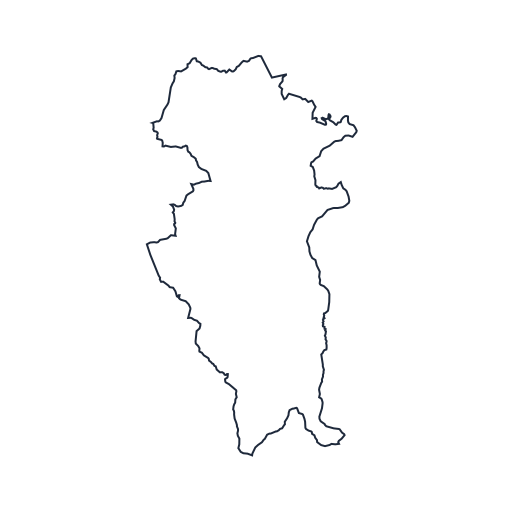 outline of Anapoima, Cundinamarca, Colombia, rotated 198°
{"feature_id": "7082276B58765294535219", "entity_name": "Anapoima", "entity_type": "district", "adm_level": 2, "iso_a3": "COL", "parent_name": "Colombia", "parent_adm1": "Cundinamarca", "projection": "robinson", "projection_center": [-74.53, 4.566], "detail": "fine", "context": "isolated", "style": "outline", "palette": "slate", "viewbox_px": 512, "rotation_deg": 198, "n_neighbors": 0, "source": "geoboundaries", "source_scale": "gbopen_adm2", "svg_char_len": 6132}
<svg xmlns="http://www.w3.org/2000/svg" viewBox="0 0 512 512"><g transform="rotate(198 256 256)"><path d="M116.4,113.0L117.1,113.8L119.6,114.6L122.8,117.0L123.7,117.1L128.8,116.1L136.5,115.8L138.1,116.6L138.8,117.4L143.4,118.8L145.3,120.8L146.1,122.8L146.2,131.6L147.1,136.3L147.5,137.5L149.3,140.1L150.0,140.6L152.3,141.1L152.6,144.5L154.7,148.3L155.0,150.4L154.7,155.7L154.3,156.9L155.2,159.0L155.0,162.0L155.6,163.6L155.6,165.5L156.2,167.4L156.2,168.7L158.4,171.8L158.9,173.4L163.5,182.5L162.6,184.4L162.5,185.8L161.9,187.6L160.2,188.8L160.4,190.3L161.3,193.0L162.4,194.8L162.4,196.3L162.8,197.2L164.1,198.2L164.5,200.1L165.9,201.5L165.7,202.9L166.2,206.0L167.2,206.5L167.2,208.0L168.4,208.0L168.9,209.8L170.6,209.8L171.1,210.9L170.9,212.2L172.0,213.3L171.5,214.6L172.6,215.9L172.2,217.0L172.7,217.6L172.5,218.1L171.9,218.3L172.7,219.1L172.7,220.4L173.5,221.4L173.6,222.4L172.5,223.1L170.7,226.0L170.7,227.1L172.1,234.8L174.4,242.4L176.6,245.3L178.0,246.3L182.2,248.3L185.5,248.5L186.6,249.1L187.0,249.7L187.6,253.0L189.5,255.7L190.5,260.8L195.3,265.8L198.2,270.5L201.9,271.4L204.6,274.0L206.6,276.9L208.0,280.6L212.1,285.7L212.2,291.1L211.7,295.4L210.4,298.8L210.4,303.6L209.3,309.5L208.6,311.1L205.4,314.1L202.2,321.9L197.3,325.5L192.9,327.0L188.5,329.3L186.6,331.4L184.2,335.3L184.3,337.3L186.3,341.1L189.8,345.6L191.4,346.6L193.9,347.3L196.6,350.2L198.2,352.5L199.9,350.3L200.3,347.9L201.0,346.2L204.4,343.3L207.7,342.8L208.4,342.2L210.2,342.2L212.3,340.9L213.4,341.5L215.0,341.4L216.8,339.8L217.6,340.5L219.5,340.5L220.0,341.3L221.0,341.4L221.7,342.4L222.9,346.5L225.2,349.8L225.5,351.6L227.1,355.2L229.5,358.2L231.9,358.7L232.3,361.4L232.2,362.3L230.9,363.5L229.4,367.1L226.4,370.6L226.4,375.8L225.0,378.9L220.0,383.7L216.9,388.9L215.8,389.9L213.4,390.9L210.5,392.6L209.4,396.1L208.2,398.0L205.2,399.2L201.0,399.2L198.9,404.7L198.9,406.2L201.6,409.0L203.7,410.5L207.7,410.4L209.4,411.5L210.4,413.2L211.6,417.1L213.1,417.1L214.5,416.5L215.9,414.6L216.9,411.9L216.8,409.7L217.3,409.1L219.2,408.3L220.0,405.6L220.9,405.6L223.8,407.1L227.7,407.9L228.7,408.5L228.7,409.7L228.2,410.7L228.3,412.0L229.8,413.3L230.5,413.3L230.6,412.5L230.0,410.0L230.2,408.7L232.1,407.7L235.4,408.1L236.1,407.4L235.4,406.6L231.6,405.7L230.2,403.6L230.0,402.7L230.3,402.4L231.0,402.1L236.5,402.6L239.3,402.3L240.4,403.1L240.5,405.2L241.3,405.9L242.1,405.8L244.7,403.9L246.4,409.8L245.4,416.2L247.5,417.9L250.1,420.6L251.0,421.0L253.9,418.6L257.7,420.6L260.1,419.4L262.2,420.5L263.6,420.7L274.8,420.5L275.4,419.1L276.1,415.6L277.6,413.8L281.7,418.1L282.6,420.9L282.7,423.0L286.3,424.5L286.4,425.0L286.2,427.1L284.8,430.3L285.0,431.6L285.6,433.1L285.6,434.4L283.4,437.5L283.6,437.9L296.0,430.6L312.9,447.5L315.6,447.0L320.0,443.4L321.8,442.5L322.3,441.9L323.0,439.4L324.5,438.1L328.2,437.7L329.4,435.7L331.1,431.5L332.7,429.8L333.0,427.3L334.1,425.2L334.8,424.4L335.8,424.1L339.0,425.1L340.7,421.5L341.2,421.2L343.0,422.6L344.6,422.0L346.0,420.5L346.8,420.3L349.1,420.4L351.1,421.6L353.7,421.2L355.2,421.4L356.2,421.2L358.4,419.2L359.1,419.2L360.8,420.2L362.5,419.9L365.0,420.8L366.5,420.9L368.6,422.7L370.9,423.1L372.5,422.9L374.2,425.3L375.1,425.3L376.9,424.3L377.8,422.6L378.7,418.8L380.4,417.2L379.4,414.5L380.6,412.5L384.3,408.4L387.2,407.9L388.8,407.0L388.8,404.1L389.4,402.4L388.4,400.1L388.1,396.7L388.7,394.4L389.1,390.0L386.7,375.1L387.0,372.7L388.8,366.4L388.5,357.9L389.3,355.1L390.3,353.9L392.0,353.4L395.6,350.6L394.8,350.6L393.0,346.4L392.9,344.7L391.5,343.3L389.1,343.5L387.8,343.0L387.3,342.3L387.4,340.4L386.5,338.8L386.6,337.4L386.2,336.9L381.7,337.2L380.9,336.8L379.7,334.9L378.8,331.4L377.4,331.7L376.2,333.0L370.7,333.4L366.2,335.4L361.0,335.6L360.0,336.0L359.3,337.4L357.8,338.2L356.9,339.3L355.7,339.2L354.8,338.1L353.8,335.5L352.6,334.2L351.5,334.1L349.8,333.0L348.3,331.3L345.7,330.8L343.4,329.9L342.6,328.4L341.1,327.2L339.7,324.9L337.8,322.9L334.8,321.9L329.7,321.6L327.0,320.2L322.4,313.3L324.5,312.8L328.4,310.7L330.4,310.0L332.8,307.8L335.5,306.2L337.1,304.6L339.8,304.4L336.3,300.5L335.8,299.1L336.0,298.0L339.7,293.7L340.8,292.0L340.9,286.2L341.6,284.3L341.5,281.9L342.7,280.5L345.4,279.0L347.4,278.8L349.0,279.5L350.5,279.6L352.8,278.5L350.3,277.4L348.2,274.8L348.0,273.3L348.6,271.7L347.1,270.7L344.7,265.8L344.2,263.8L343.0,262.6L343.0,262.0L343.7,261.2L343.5,260.2L340.8,257.5L339.7,251.8L338.7,250.4L343.3,249.5L345.5,245.6L346.6,244.7L352.2,241.7L353.5,238.9L354.7,238.1L357.1,237.7L360.8,236.1L363.4,233.4L356.9,224.5L342.5,207.3L340.5,205.7L340.3,204.1L338.3,202.1L336.3,202.9L330.1,200.8L328.5,199.7L325.0,200.2L321.7,197.5L318.8,193.2L318.1,193.0L317.4,194.8L316.6,195.1L316.2,192.1L315.1,191.5L313.7,191.2L308.9,191.3L305.0,189.2L302.5,186.5L302.0,185.4L301.4,176.1L298.9,177.1L297.8,177.0L295.1,176.2L292.1,176.2L289.6,174.7L287.9,174.3L287.4,172.4L287.3,169.6L289.3,166.2L287.1,156.1L286.2,154.1L283.1,152.5L281.2,150.7L280.6,148.2L280.2,147.6L277.6,147.3L274.9,145.4L270.0,144.2L269.3,143.8L268.3,142.0L266.2,141.3L264.4,140.2L263.3,140.2L261.5,138.6L260.2,138.6L258.3,135.9L254.4,134.2L252.3,135.0L250.5,134.6L249.2,133.4L248.3,133.4L247.7,133.7L247.1,134.8L246.3,135.0L245.6,132.1L245.8,131.3L247.3,129.6L247.3,129.0L246.3,126.9L245.5,126.4L242.2,125.8L233.4,122.2L232.9,121.4L232.5,118.6L230.7,115.7L231.3,113.3L230.5,110.1L230.9,108.2L230.9,106.1L230.3,103.0L229.3,102.1L228.5,100.7L227.8,98.4L226.1,94.8L223.4,91.5L221.9,89.3L221.5,88.1L219.6,85.8L219.1,84.2L218.9,81.6L217.7,79.4L215.4,77.2L213.7,71.7L213.4,67.8L210.0,65.0L207.1,64.5L203.0,65.4L198.1,65.2L198.4,66.9L197.5,73.7L195.6,77.0L192.8,80.7L191.9,83.6L191.1,84.8L190.2,89.5L188.4,91.2L187.1,91.7L182.9,95.3L182.0,95.6L180.5,97.3L179.7,99.0L177.9,100.2L177.0,103.8L176.5,104.8L177.4,107.3L176.3,111.2L175.9,114.5L176.5,117.5L176.4,119.8L174.1,122.1L173.4,122.3L170.7,124.1L169.9,123.9L166.7,119.9L163.3,120.0L162.4,119.7L159.6,116.1L158.1,113.6L155.9,107.8L154.9,106.9L152.1,106.2L149.2,106.2L148.5,105.8L147.7,104.2L145.0,103.5L143.5,101.4L141.2,99.8L140.3,97.9L135.6,96.3L131.6,96.5L127.6,99.0L126.2,100.6L122.4,101.4L119.0,103.0L120.3,104.4L120.1,105.8L118.1,108.7L116.4,113.0Z" fill="none" stroke="#1e293b" stroke-width="2"/></g></svg>